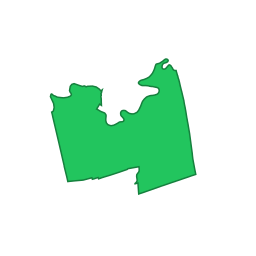 the district of Adancata, Ialomita, Romania, rotated 126°
{"feature_id": "2599482B2487196456759", "entity_name": "Adancata", "entity_type": "district", "adm_level": 2, "iso_a3": "ROU", "parent_name": "Romania", "parent_adm1": "Ialomita", "projection": "orthographic", "projection_center": [26.439, 44.763], "detail": "fine", "context": "isolated", "style": "filled", "palette": "green", "viewbox_px": 256, "rotation_deg": 126, "n_neighbors": 0, "source": "geoboundaries", "source_scale": "gbopen_adm2", "svg_char_len": 4171}
<svg xmlns="http://www.w3.org/2000/svg" viewBox="0 0 256 256"><g transform="rotate(126 128 128)"><path d="M112.4,171.3L113.9,171.7L113.4,174.2L113.5,177.8L115.0,181.4L118.0,185.2L119.3,186.1L119.4,186.6L119.4,187.3L119.7,188.2L121.1,189.2L122.0,191.7L123.8,197.7L125.7,199.1L128.2,199.2L132.1,197.3L133.1,195.7L133.5,194.3L134.5,193.3L136.0,193.3L138.7,195.0L141.5,197.9L142.9,200.3L144.6,203.3L145.0,205.8L145.5,207.1L145.4,208.4L145.3,209.7L146.0,210.1L148.2,209.2L151.9,202.6L154.8,199.8L157.1,198.8L158.5,198.4L160.0,199.1L161.3,197.5L163.2,195.4L180.0,175.9L196.1,157.4L196.7,156.9L203.6,148.7L206.7,145.2L205.4,143.8L202.0,140.0L197.5,134.8L196.3,133.5L194.7,132.2L193.6,131.3L189.5,128.0L190.4,126.7L189.2,125.7L185.6,123.1L186.4,121.9L185.4,121.2L184.5,120.5L184.3,120.5L183.9,120.2L182.2,118.9L181.6,118.5L181.1,118.1L177.3,115.2L174.0,112.8L169.3,109.4L162.0,104.3L160.9,104.1L152.9,96.4L154.3,95.1L155.5,94.2L156.2,93.8L156.5,93.6L157.3,93.5L158.0,93.5L159.7,93.5L160.3,93.5L160.9,93.3L161.1,93.2L162.3,92.4L163.1,91.6L163.9,90.8L164.7,90.1L165.3,89.7L165.5,89.6L166.2,89.4L166.7,89.4L168.1,89.5L168.6,89.7L168.8,89.7L169.0,89.5L166.7,87.6L173.6,81.8L174.9,80.7L175.1,80.5L174.0,79.8L173.6,79.5L171.4,77.9L155.1,66.7L153.9,65.8L147.8,61.5L146.2,60.4L144.0,58.8L143.5,58.4L142.8,58.0L140.6,56.4L136.0,53.2L132.2,50.5L129.4,48.6L125.7,45.9L125.6,46.0L122.3,49.6L115.0,57.3L112.4,59.7L111.6,60.4L110.9,61.0L110.7,61.2L104.3,67.3L96.2,75.0L92.7,78.6L91.4,79.9L91.2,80.2L90.8,80.5L88.8,82.6L87.6,83.9L85.9,85.6L85.4,86.2L82.9,88.7L80.5,91.1L77.8,93.9L76.1,95.8L73.9,98.1L73.3,98.6L66.7,106.3L66.0,107.2L63.2,110.5L61.0,113.0L60.8,113.2L58.9,115.5L58.7,115.8L58.4,116.3L57.8,117.1L57.3,117.6L57.0,118.0L56.5,118.6L56.4,118.7L56.4,118.9L56.2,119.1L53.5,122.6L53.2,122.9L53.5,123.3L53.8,123.7L54.0,124.2L54.2,124.6L54.2,125.2L54.2,125.7L53.9,126.5L53.5,127.0L53.3,127.6L53.1,128.3L52.7,129.2L52.5,129.6L52.4,130.4L52.4,131.0L52.5,131.5L52.8,131.8L53.1,132.0L53.4,132.1L53.9,132.1L55.0,132.2L56.0,132.3L56.9,132.4L57.6,132.4L58.1,132.6L58.4,132.8L59.1,133.3L59.4,133.7L59.5,134.1L59.6,134.4L59.6,134.7L59.6,135.1L59.3,135.7L59.0,136.1L58.5,136.4L57.9,136.8L57.5,137.0L56.9,137.2L56.3,137.3L55.6,137.3L55.0,137.2L54.5,137.0L53.7,136.4L53.1,135.9L52.6,135.5L52.1,135.3L51.7,135.1L51.2,134.9L50.8,134.9L50.2,135.0L49.9,135.1L49.6,135.4L49.4,135.8L49.3,136.3L49.4,136.9L49.6,137.4L50.0,138.0L50.5,138.3L51.2,138.6L51.9,138.8L52.8,139.0L53.3,139.1L54.2,139.4L54.9,139.7L55.7,140.0L56.8,140.4L57.2,140.7L57.8,141.1L58.2,141.5L58.9,142.0L59.3,142.4L59.7,142.7L60.2,142.7L60.8,142.6L61.2,142.5L62.8,142.0L63.5,141.7L65.1,141.2L66.3,140.9L68.5,140.5L69.4,140.4L71.6,140.5L73.3,140.7L74.1,140.8L75.1,141.2L77.0,142.1L79.4,143.6L80.6,144.6L81.7,145.5L82.4,145.8L83.4,146.2L84.5,146.3L85.1,146.2L85.6,145.8L85.8,145.3L85.9,144.5L85.9,143.9L85.6,142.1L85.1,141.1L84.4,140.1L83.4,138.8L83.1,138.3L82.4,137.2L81.9,136.3L81.5,135.1L81.1,134.3L80.6,133.4L80.0,132.5L79.0,130.2L78.3,128.7L78.0,127.5L78.0,126.6L78.2,126.2L78.9,125.1L79.7,124.6L80.2,124.3L81.2,124.0L82.5,124.0L83.6,124.3L84.4,124.9L85.7,125.8L87.5,127.6L88.2,128.5L89.1,129.3L90.8,130.5L92.0,131.2L94.9,131.8L97.8,131.9L100.0,131.4L102.8,130.6L107.3,129.8L109.9,129.9L112.1,131.0L113.2,131.7L114.5,133.4L114.7,134.0L115.3,135.2L115.5,136.2L115.6,137.7L115.5,138.8L115.5,139.8L115.6,140.6L116.2,141.7L116.8,142.4L117.6,143.0L118.1,143.1L118.9,143.2L120.0,142.9L120.6,142.5L121.3,141.9L121.9,141.2L122.2,140.5L122.3,139.7L122.6,138.4L122.9,137.3L123.2,136.6L123.8,136.0L124.5,135.7L125.3,135.7L126.0,136.1L126.6,136.6L127.0,137.2L127.6,137.8L128.2,138.4L129.1,138.8L130.0,139.1L131.3,139.7L132.9,140.5L134.3,141.3L135.2,142.2L135.9,142.8L136.3,143.5L136.8,144.9L137.0,145.7L137.1,146.5L136.9,147.2L136.7,148.0L136.6,148.4L135.9,149.3L135.2,150.2L134.3,150.9L133.4,151.5L132.2,152.2L131.0,152.9L130.1,153.9L129.8,155.1L129.6,155.6L129.8,156.6L130.1,157.8L130.6,159.8L130.8,161.7L131.0,164.2L131.1,164.5L125.4,165.0L125.3,162.8L122.4,165.1L120.9,166.2L119.7,167.2L118.3,168.6L117.5,168.7L116.8,169.2L116.2,170.1L115.2,170.1L114.4,170.5L113.5,170.9L112.4,171.3Z" fill="#22c55e" stroke="#15803d" stroke-width="1.5"/></g></svg>